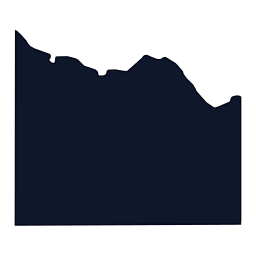 Wichita, Texas, United States of America (Mercator projection)
{"feature_id": "52423323B53531362245787", "entity_name": "Wichita", "entity_type": "district", "adm_level": 2, "iso_a3": "USA", "parent_name": "United States of America", "parent_adm1": "Texas", "projection": "mercator", "projection_center": [-98.689, 34.023], "detail": "fine", "context": "isolated", "style": "filled", "palette": "ink", "viewbox_px": 256, "rotation_deg": 0, "n_neighbors": 0, "source": "geoboundaries", "source_scale": "gbopen_adm2", "svg_char_len": 1022}
<svg xmlns="http://www.w3.org/2000/svg" viewBox="0 0 256 256"><path d="M240.4,224.0L240.6,220.0L240.6,97.2L239.7,96.6L238.3,96.2L236.8,96.1L233.4,96.8L232.2,97.4L231.8,97.9L231.0,99.4L231.0,100.7L230.7,101.4L229.6,102.4L218.5,107.1L215.6,108.1L213.7,108.0L206.1,102.9L195.9,91.4L194.9,88.9L192.5,85.0L186.3,78.8L183.0,74.3L182.3,71.7L177.1,65.6L175.1,63.6L165.5,57.7L163.7,57.8L161.7,59.2L161.1,59.5L160.4,59.7L158.3,59.8L156.2,59.4L150.3,57.1L147.1,55.6L145.0,55.7L143.9,56.4L141.8,58.9L127.2,71.8L124.4,71.6L116.1,70.3L115.5,70.1L108.4,70.4L107.9,70.7L107.3,71.6L107.1,72.9L106.2,74.7L105.1,75.7L102.0,76.3L98.7,76.1L97.6,75.0L97.7,73.9L97.2,72.1L96.7,71.4L95.1,70.1L83.8,66.3L77.6,60.1L74.9,58.8L67.2,56.9L56.8,57.1L56.1,57.4L55.9,58.2L55.6,61.7L54.9,63.2L53.9,63.6L51.5,63.3L49.3,61.3L48.6,60.2L48.6,59.5L49.8,57.7L50.2,56.4L50.1,55.4L49.5,54.6L34.0,49.0L30.2,46.8L29.2,45.9L28.1,44.6L26.3,42.0L26.0,41.2L20.9,35.5L16.6,31.4L15.7,31.0L15.4,225.0L240.4,224.0Z" fill="#0f172a" stroke="#020617" stroke-width="1.5"/></svg>